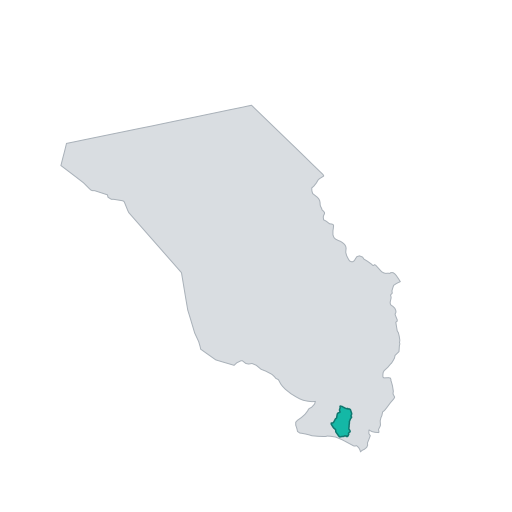 where Logone Occidental sits in Chad, rotated 315°
{"feature_id": "TCD-1484", "entity_name": "Logone Occidental", "entity_type": "Prefecture", "adm_level": 1, "iso_a3": "TCD", "parent_name": "Chad", "parent_adm1": "", "projection": "equal_earth", "projection_center": [15.903, 8.748], "detail": "fine", "context": "in_parent", "style": "filled", "palette": "teal", "viewbox_px": 512, "rotation_deg": 315, "n_neighbors": 0, "source": "natural_earth", "source_scale": "10m", "svg_char_len": 5374}
<svg xmlns="http://www.w3.org/2000/svg" viewBox="0 0 512 512"><g transform="rotate(315 256 256)"><path d="M359.4,146.2L359.6,158.1L359.8,169.9L360.0,181.8L360.2,193.6L360.4,205.5L360.6,217.4L360.7,229.3L360.9,241.3L361.0,245.2L360.8,246.8L360.6,247.0L360.3,247.3L355.5,246.2L353.4,246.2L350.5,247.0L346.3,247.5L343.5,247.3L341.6,249.4L340.2,251.9L340.9,257.8L340.8,259.8L340.2,261.8L339.0,263.6L337.7,265.0L336.9,266.2L336.0,268.9L335.3,270.1L335.4,271.8L335.2,273.6L334.4,274.5L332.4,275.2L331.1,276.0L330.1,277.3L329.4,278.2L329.8,279.5L330.3,281.2L330.6,283.8L330.9,285.4L331.9,286.6L332.5,287.6L332.7,288.7L332.1,289.6L329.7,291.5L328.7,292.2L327.6,293.2L327.2,293.6L325.4,295.4L324.6,297.0L324.1,298.4L324.2,300.3L325.1,303.1L326.1,305.4L326.5,307.2L326.8,309.2L326.7,311.1L326.2,312.7L325.3,314.1L322.0,316.9L320.3,319.9L319.1,323.6L318.7,325.6L319.1,326.9L319.8,328.1L320.8,328.6L322.3,328.8L324.7,328.2L326.9,327.8L329.3,329.1L330.6,332.2L330.1,334.4L331.1,338.5L331.9,343.4L331.9,345.1L332.2,345.7L333.7,346.0L334.1,347.2L333.7,355.9L334.4,358.3L335.4,360.0L336.5,360.9L337.7,362.1L338.3,362.9L339.6,363.1L341.1,364.6L341.5,366.7L341.4,368.8L340.6,373.2L339.9,376.1L339.1,375.9L337.3,375.2L335.2,374.6L332.6,374.1L330.1,375.3L327.4,376.8L326.6,378.0L325.8,378.7L324.6,378.6L323.5,378.8L322.9,379.9L322.0,381.1L318.1,383.6L317.3,384.6L316.8,385.5L316.8,386.5L317.2,388.5L317.2,391.1L316.4,393.2L315.4,394.6L314.2,395.1L313.3,395.4L312.7,396.3L310.7,401.0L309.8,401.9L308.0,401.7L302.9,408.8L302.4,410.9L300.6,413.9L298.2,417.2L296.1,418.8L295.9,419.4L295.4,420.0L294.1,420.7L289.5,424.7L284.1,424.6L281.7,426.1L279.4,426.8L276.0,427.6L274.9,427.5L270.6,427.9L265.4,427.7L263.5,428.3L261.6,429.8L260.3,431.2L260.1,431.6L260.3,432.2L260.2,432.6L263.8,435.9L264.7,437.5L263.8,439.1L263.4,439.3L262.8,440.6L260.7,444.3L257.5,448.7L255.8,450.0L255.2,450.8L254.3,453.7L253.8,454.1L251.6,454.5L247.2,454.8L241.2,455.7L237.6,456.1L235.3,455.8L232.2,457.8L231.0,458.3L230.3,458.5L227.2,460.4L224.6,463.4L223.7,464.0L220.0,465.3L218.5,467.4L217.9,467.6L215.5,464.8L213.9,462.3L213.1,459.8L213.0,459.0L212.6,459.1L211.3,460.3L210.2,461.5L209.7,463.9L205.9,465.6L202.6,467.0L201.2,468.7L198.9,469.6L196.0,469.3L193.7,468.5L191.5,468.3L192.6,466.1L193.0,464.5L193.1,462.5L192.9,461.1L191.6,460.4L190.8,459.4L188.9,453.1L186.9,446.6L184.2,440.2L181.2,436.1L179.0,433.6L178.3,433.3L177.2,432.5L176.5,431.8L172.5,427.5L168.4,422.6L167.3,420.4L165.3,417.1L163.0,413.7L161.8,412.2L161.3,409.4L162.9,406.9L164.5,403.7L166.6,401.6L169.3,401.5L173.8,402.3L178.6,402.6L183.3,402.0L184.5,401.5L185.8,401.5L188.3,402.3L192.8,402.1L195.1,400.8L192.6,398.6L189.9,395.2L187.4,391.4L185.9,387.9L184.6,383.5L183.3,378.0L182.5,370.9L182.6,366.9L183.0,364.0L184.4,359.3L183.5,356.6L183.7,354.4L183.6,351.1L183.1,349.4L181.4,344.0L181.1,343.4L179.5,339.7L178.9,333.4L177.2,329.2L174.4,327.2L172.8,324.8L172.3,320.5L171.2,319.4L166.8,317.9L163.2,317.8L160.6,313.0L157.2,306.8L154.1,301.0L152.1,289.4L151.0,282.8L152.3,280.8L154.9,276.1L158.2,267.1L165.7,253.2L169.5,246.0L177.0,235.4L186.3,222.4L191.5,215.1L192.4,201.7L193.3,187.7L194.0,177.0L194.8,164.4L195.5,153.9L196.0,146.3L196.7,135.5L197.4,133.4L201.0,124.9L201.2,123.8L200.6,122.4L195.4,115.2L193.8,113.6L192.9,109.8L194.2,107.7L188.1,95.7L186.6,94.2L185.9,92.7L185.8,90.6L185.8,82.3L184.1,69.3L182.0,54.1L189.2,49.8L194.7,46.6L201.6,42.4L208.1,46.7L217.4,52.8L226.8,59.0L236.2,65.2L245.6,71.4L255.0,77.6L264.4,83.8L273.8,90.1L283.3,96.3L292.8,102.5L302.2,108.7L311.7,115.0L321.2,121.2L330.8,127.5L340.3,133.7L349.8,140.0L359.4,146.2Z" fill="#d9dde1" stroke="#a8b0b8" stroke-width="1"/><path d="M209.2,421.7L209.5,421.7L209.7,422.1L210.5,423.3L210.7,424.1L210.8,424.5L210.9,425.0L211.1,425.4L211.2,425.6L211.3,426.3L211.4,426.5L211.5,426.7L211.9,427.6L212.3,428.2L212.4,428.4L212.5,428.6L212.9,428.7L213.0,428.7L213.0,428.9L213.0,429.3L213.1,429.5L213.3,429.6L213.5,429.7L213.8,430.1L214.0,430.4L214.0,430.8L214.1,431.4L212.4,434.9L211.9,435.4L211.2,435.8L210.7,435.9L210.3,436.1L209.9,436.5L209.7,437.5L209.4,437.7L207.8,437.9L204.9,439.1L204.0,440.1L202.4,441.3L202.2,441.4L202.1,441.5L201.6,442.1L199.9,443.4L199.3,444.1L199.1,445.1L199.1,445.4L199.1,445.6L198.4,446.7L198.3,446.8L198.1,446.8L197.8,446.8L196.7,446.6L196.3,446.7L195.9,446.9L195.9,447.0L195.6,447.5L195.3,447.8L195.2,447.8L194.8,447.9L194.7,447.9L194.6,448.0L194.4,448.1L194.2,448.2L193.5,448.3L193.4,448.3L193.2,448.3L193.2,448.1L193.2,447.8L192.9,447.8L192.7,447.8L192.4,447.7L192.3,447.4L192.3,447.1L192.4,446.8L192.3,446.7L192.2,446.6L192.0,446.4L191.8,446.2L191.7,446.0L191.6,445.9L191.4,445.8L191.0,445.7L190.5,445.7L190.3,445.5L188.9,444.2L188.1,443.8L187.3,443.1L187.3,442.8L187.2,442.4L187.2,442.0L187.2,441.7L188.0,437.1L188.1,436.9L188.2,436.6L189.4,435.2L189.5,434.9L189.4,434.4L189.5,433.8L189.5,433.7L189.4,433.5L189.4,433.1L189.3,432.8L189.4,431.9L189.5,431.3L190.3,428.1L190.5,427.8L191.2,427.4L191.5,427.8L191.7,428.0L192.1,428.2L192.3,428.3L192.5,428.4L192.8,428.4L193.3,428.4L193.9,428.3L197.1,427.3L197.8,427.5L198.3,427.5L198.6,427.4L201.6,425.3L202.0,425.1L202.5,425.0L202.9,425.0L204.9,425.8L205.0,425.8L205.1,425.7L205.3,425.5L205.5,425.1L205.8,424.5L206.0,424.1L206.1,423.9L206.3,423.8L207.0,423.4L207.5,423.2L207.9,423.0L208.1,423.0L208.3,422.8L208.4,422.6L209.0,421.8L209.2,421.7Z" fill="#14b8a6" stroke="#0f766e" stroke-width="1.5"/></g></svg>